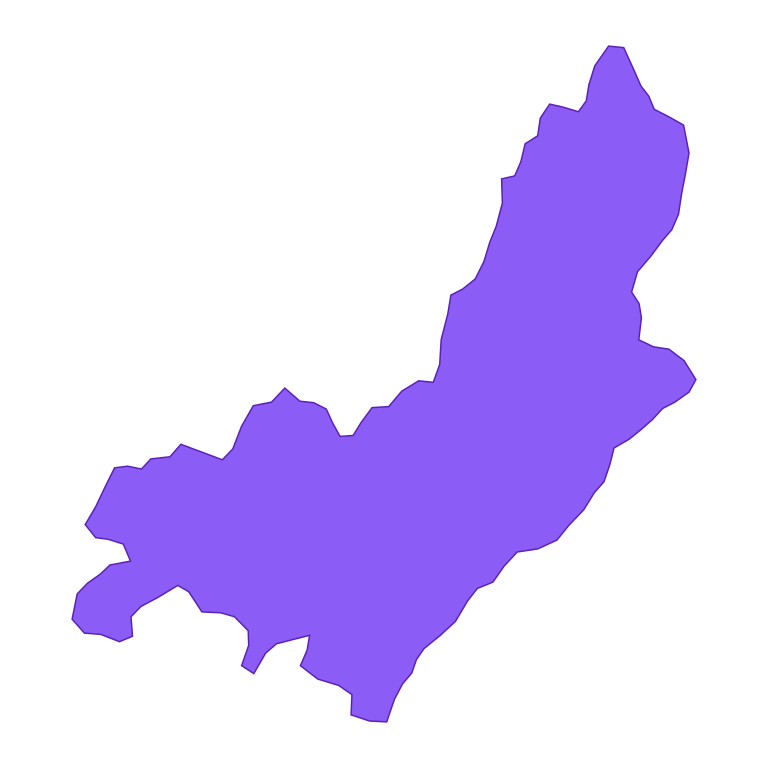 the district of Bom Jesus do Norte, Espírito Santo, Brazil
{"feature_id": "56859067B21905331277636", "entity_name": "Bom Jesus do Norte", "entity_type": "district", "adm_level": 2, "iso_a3": "BRA", "parent_name": "Brazil", "parent_adm1": "Espírito Santo", "projection": "natural_earth1", "projection_center": [-41.639, -21.075], "detail": "fine", "context": "isolated", "style": "filled", "palette": "violet", "viewbox_px": 768, "rotation_deg": 0, "n_neighbors": 0, "source": "geoboundaries", "source_scale": "gbopen_adm2", "svg_char_len": 1760}
<svg xmlns="http://www.w3.org/2000/svg" viewBox="0 0 768 768"><path d="M608.6,46.1L594.8,65.8L588.9,84.7L586.3,100.8L578.4,111.7L563.3,107.2L549.7,104.1L540.3,118.1L537.7,135.8L525.2,143.7L520.8,161.9L514.7,175.9L501.6,178.9L502.4,203.0L496.2,226.4L489.8,242.2L483.9,261.6L475.2,279.0L462.7,289.0L450.9,295.1L447.8,313.9L441.2,339.5L439.7,364.4L433.3,382.3L418.7,380.8L401.8,391.1L388.7,406.6L372.1,407.6L361.1,422.5L353.1,435.5L340.1,436.4L332.7,423.1L326.3,409.1L313.7,402.7L299.9,401.2L284.8,388.1L271.5,402.1L253.3,405.7L241.5,426.4L232.8,448.9L222.3,459.8L180.9,444.3L169.9,456.8L150.9,458.9L141.5,469.0L127.6,466.2L114.6,467.8L105.4,486.3L95.7,506.7L85.2,524.6L95.7,537.7L107.9,539.2L123.3,544.1L130.5,561.1L110.0,565.0L99.8,574.5L87.7,583.0L77.2,593.9L72.1,619.2L84.4,633.1L100.8,634.4L119.5,641.7L132.5,636.2L131.0,616.7L141.0,606.4L158.1,597.3L177.8,585.4L188.8,591.8L201.9,611.9L220.6,612.8L234.4,616.7L248.2,630.7L248.7,645.3L241.6,665.7L253.8,673.6L265.6,653.2L276.4,643.8L290.7,640.1L309.6,635.3L307.1,650.2L300.4,665.7L317.8,679.1L338.6,685.4L351.9,694.6L351.1,714.9L369.5,721.0L386.7,721.9L394.4,699.4L402.5,683.9L411.8,673.0L416.4,659.6L424.0,648.6L440.4,635.3L455.5,621.3L467.6,600.9L477.3,588.5L492.9,582.1L504.2,566.0L517.2,552.0L537.7,548.9L556.9,540.1L568.7,525.5L583.8,509.7L594.3,492.7L604.0,481.7L609.9,464.4L614.0,448.0L629.6,438.9L641.6,429.1L652.6,419.4L662.6,408.5L674.9,402.1L689.0,392.1L695.9,379.6L684.1,360.7L669.0,349.2L653.4,346.8L638.8,339.8L641.4,317.9L639.1,303.6L631.6,292.0L637.5,271.7L650.8,256.2L662.6,240.3L671.8,229.7L678.5,214.2L681.6,193.8L685.4,174.1L689.0,153.1L683.6,125.1L668.5,116.6L654.2,109.3L648.8,96.2L640.9,85.9L633.7,69.5L623.7,47.6L608.6,46.1Z" fill="#8b5cf6" stroke="#5b21b6" stroke-width="1.5"/></svg>